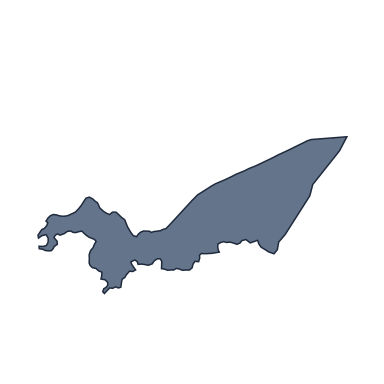 the district of Pindaré-Mirim, Maranhão, Brazil, rotated 215°
{"feature_id": "56859067B48073775687660", "entity_name": "Pindaré-Mirim", "entity_type": "district", "adm_level": 2, "iso_a3": "BRA", "parent_name": "Brazil", "parent_adm1": "Maranhão", "projection": "natural_earth1", "projection_center": [-45.393, -3.706], "detail": "fine", "context": "isolated", "style": "filled", "palette": "slate", "viewbox_px": 384, "rotation_deg": 215, "n_neighbors": 0, "source": "geoboundaries", "source_scale": "gbopen_adm2", "svg_char_len": 2569}
<svg xmlns="http://www.w3.org/2000/svg" viewBox="0 0 384 384"><g transform="rotate(215 192 192)"><path d="M120.5,184.0L115.1,183.7L110.5,190.1L107.5,187.8L103.7,186.4L98.5,186.8L95.3,186.8L89.4,188.4L89.0,193.7L92.3,200.8L91.9,204.2L91.3,210.7L93.3,256.3L94.3,259.2L97.4,267.4L97.1,271.9L94.8,310.5L96.8,326.1L124.4,303.4L127.0,300.0L128.7,296.7L132.0,290.8L138.9,278.3L142.4,272.4L146.0,265.5L149.4,259.5L155.2,249.3L158.8,243.9L161.3,239.2L166.1,231.8L168.1,227.9L172.6,220.0L175.0,216.2L177.6,212.0L179.6,207.8L182.5,200.7L183.8,197.5L185.7,193.1L187.1,185.1L191.4,152.9L192.3,147.2L194.3,144.7L195.7,142.2L198.0,140.0L200.6,137.7L202.1,135.6L204.5,135.4L206.9,133.8L209.4,132.2L211.2,129.3L211.8,126.6L211.8,123.6L215.2,122.6L219.4,124.0L225.0,126.6L231.2,130.7L235.3,130.8L240.0,131.6L242.7,131.9L245.6,129.9L246.5,126.3L249.6,125.6L253.1,125.4L255.6,125.7L258.6,126.1L260.8,127.6L263.4,129.0L266.0,128.9L269.3,129.4L273.2,128.9L275.3,126.1L275.2,121.7L275.0,117.4L275.3,113.1L276.0,108.6L278.0,105.1L280.2,101.4L282.0,99.5L284.3,97.8L287.0,96.4L289.7,95.6L292.6,94.1L294.4,91.4L295.0,88.4L294.9,84.4L292.5,84.1L291.7,81.1L292.1,77.4L293.5,75.1L293.5,71.7L293.4,68.3L291.3,66.2L289.9,70.1L287.0,73.4L283.3,71.6L281.1,68.4L280.6,64.6L282.8,62.0L286.2,59.8L284.6,57.9L281.4,59.5L278.7,59.9L275.7,61.5L273.6,63.2L273.2,65.8L273.6,68.4L272.3,71.9L274.3,74.3L276.6,74.9L278.9,75.5L279.2,78.1L278.1,80.6L275.4,80.9L272.9,84.4L271.4,88.4L268.9,90.5L266.2,90.7L263.9,92.1L262.1,94.4L259.8,96.8L257.2,96.3L253.8,95.9L250.4,95.9L247.0,96.7L244.7,97.2L242.2,96.5L241.9,93.0L241.1,89.6L241.5,85.9L240.3,81.7L237.6,78.1L235.6,74.9L233.4,73.4L230.2,72.9L226.6,74.3L223.4,73.8L219.8,74.6L217.7,71.2L216.7,68.5L212.9,70.2L209.2,69.6L207.5,67.1L207.7,64.5L208.8,62.2L207.9,59.1L205.5,58.6L205.0,62.5L204.3,66.3L201.7,67.6L200.4,70.3L197.2,71.2L195.7,73.2L197.4,76.5L199.2,80.4L198.0,83.4L198.3,86.2L197.8,91.2L194.9,92.9L193.5,95.8L197.4,97.2L199.9,98.2L202.0,99.7L199.7,103.7L196.6,103.4L194.7,101.8L192.0,104.0L189.5,105.3L185.8,106.9L183.4,110.3L183.4,114.2L182.0,117.4L180.0,118.9L177.1,118.0L175.0,114.8L173.0,111.7L169.9,113.2L167.3,113.8L164.7,115.9L162.2,117.7L161.0,120.4L158.0,121.7L154.9,122.4L152.1,124.7L149.3,126.6L148.4,130.0L149.8,133.5L149.8,136.9L146.6,138.7L147.8,142.4L149.6,144.5L149.0,147.1L147.0,148.2L144.5,150.0L140.6,153.1L137.5,156.1L135.2,158.4L137.3,159.6L139.3,161.6L140.9,164.3L139.2,167.6L137.5,169.5L134.7,170.5L132.1,172.8L128.3,174.1L125.2,174.9L123.4,177.8L123.2,180.9L120.5,184.0Z" fill="#64748b" stroke="#1e293b" stroke-width="1.5"/></g></svg>